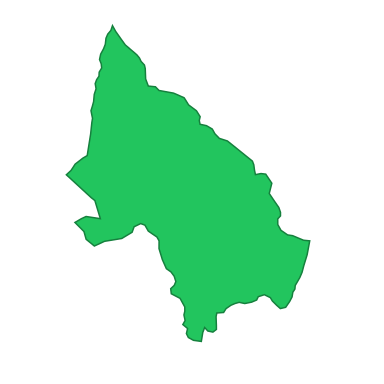 the district of Mãe d'Água, Paraíba, Brazil, rotated 103°
{"feature_id": "56859067B3615526568508", "entity_name": "Mãe d'Água", "entity_type": "district", "adm_level": 2, "iso_a3": "BRA", "parent_name": "Brazil", "parent_adm1": "Paraíba", "projection": "equal_earth", "projection_center": [-37.435, -7.243], "detail": "fine", "context": "isolated", "style": "filled", "palette": "green", "viewbox_px": 384, "rotation_deg": 103, "n_neighbors": 0, "source": "geoboundaries", "source_scale": "gbopen_adm2", "svg_char_len": 1902}
<svg xmlns="http://www.w3.org/2000/svg" viewBox="0 0 384 384"><g transform="rotate(103 192 192)"><path d="M47.8,306.9L52.8,307.4L57.1,309.6L61.5,310.4L67.6,309.7L72.4,310.4L78.2,312.0L83.7,311.9L87.5,309.3L91.5,307.9L96.1,309.4L100.1,308.7L104.0,310.2L108.2,310.7L113.0,308.7L118.9,309.2L126.1,308.2L131.2,308.4L135.5,308.7L138.9,307.2L142.6,305.5L147.0,305.2L158.4,303.8L180.1,302.3L183.6,306.0L187.3,309.0L191.1,312.1L198.2,314.7L203.5,318.3L220.2,288.9L222.2,284.7L238.6,275.3L239.7,289.7L242.9,293.8L248.0,299.2L254.8,288.4L261.9,284.5L266.6,275.0L259.7,266.1L256.8,259.0L253.1,250.0L244.7,241.3L238.9,240.6L234.3,234.9L234.9,230.4L239.9,225.8L242.1,220.3L243.7,216.1L247.0,213.1L254.6,211.4L264.5,205.7L272.5,199.7L274.6,194.5L278.1,190.4L282.9,187.6L287.0,188.3L291.0,191.0L295.8,189.3L298.3,179.7L305.6,173.2L309.7,172.2L313.6,172.2L318.8,169.8L323.2,171.1L326.0,165.6L331.2,165.6L334.6,162.8L336.2,157.2L335.5,149.3L326.4,149.9L321.2,149.2L323.9,145.3L323.8,140.1L320.4,137.3L316.2,138.3L311.8,139.5L308.1,140.5L304.3,140.6L302.3,134.1L298.0,132.6L293.6,128.6L290.9,124.9L288.9,121.2L288.8,115.5L285.9,109.1L282.7,104.7L279.1,103.9L275.8,98.4L277.3,91.9L280.1,89.2L283.3,84.1L285.7,79.7L283.3,74.8L276.7,72.2L271.7,70.9L267.0,71.2L263.4,69.9L259.9,70.4L251.1,67.7L245.5,66.7L238.6,66.5L227.2,65.7L213.1,66.3L213.9,72.4L213.1,77.2L211.9,84.1L212.3,89.2L209.3,96.7L204.4,101.1L198.9,102.4L195.4,100.4L191.9,101.2L187.6,103.9L182.7,109.3L176.1,116.4L165.5,116.2L158.0,124.2L158.5,128.9L160.8,134.1L156.7,136.0L151.6,137.9L148.3,140.1L134.3,169.0L133.6,177.4L130.1,182.8L126.1,186.4L124.1,192.8L124.2,199.4L120.7,201.0L116.8,201.0L111.9,205.9L107.9,214.9L102.0,220.8L100.7,227.2L99.8,232.2L100.5,247.0L97.7,251.3L98.6,258.4L92.3,262.6L82.3,265.3L79.0,266.9L76.2,271.0L73.3,273.3L70.8,276.5L63.7,290.1L58.7,295.8L52.7,302.5L47.8,306.9Z" fill="#22c55e" stroke="#15803d" stroke-width="1.5"/></g></svg>